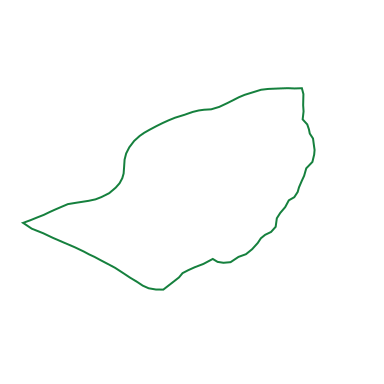 Salinas da Margarida, Bahia, Brazil (Equal Earth projection), rotated 231°
{"feature_id": "56859067B93728767984318", "entity_name": "Salinas da Margarida", "entity_type": "district", "adm_level": 2, "iso_a3": "BRA", "parent_name": "Brazil", "parent_adm1": "Bahia", "projection": "equal_earth", "projection_center": [-38.755, -12.884], "detail": "fine", "context": "isolated", "style": "outline", "palette": "green", "viewbox_px": 384, "rotation_deg": 231, "n_neighbors": 0, "source": "geoboundaries", "source_scale": "gbopen_adm2", "svg_char_len": 1376}
<svg xmlns="http://www.w3.org/2000/svg" viewBox="0 0 384 384"><g transform="rotate(231 192 192)"><path d="M274.3,41.3L264.3,44.4L253.6,50.4L244.0,55.0L233.1,60.7L222.7,66.2L213.9,70.4L208.2,72.8L202.9,75.4L196.2,78.2L188.8,81.4L181.5,84.5L173.5,87.1L164.3,90.0L156.6,92.8L150.2,94.8L144.5,97.7L138.9,102.6L134.2,108.3L133.8,128.1L134.9,133.6L133.6,139.9L131.8,146.8L128.9,155.7L126.9,166.0L121.6,167.9L117.2,171.9L113.2,177.8L112.3,187.3L109.7,194.8L109.7,202.7L111.0,211.0L112.7,216.4L112.7,221.9L111.2,228.3L112.3,235.1L118.2,241.4L120.2,247.4L121.6,254.9L124.6,262.0L123.6,268.2L125.5,274.1L128.3,278.1L131.5,284.2L134.0,289.3L138.5,295.7L139.6,304.5L144.2,310.5L147.5,313.7L152.0,316.4L157.4,319.7L163.3,320.3L167.1,322.3L172.0,324.1L178.8,323.7L184.4,329.4L189.5,333.0L198.0,340.2L203.5,342.7L207.9,336.9L212.4,331.8L216.7,326.1L224.2,316.0L228.0,310.0L231.0,302.5L234.4,294.0L236.1,288.2L238.9,275.2L241.0,266.7L244.2,258.9L248.3,253.2L251.1,248.6L253.8,242.9L256.9,234.3L260.4,225.6L262.4,219.0L264.1,212.5L265.6,205.8L267.1,198.1L268.1,192.1L268.5,186.7L268.1,179.2L266.2,171.4L263.4,165.1L259.6,160.0L254.3,155.1L249.4,150.5L246.6,146.5L244.4,141.3L243.4,135.5L243.2,127.0L245.1,118.3L247.0,112.4L250.2,106.1L256.6,95.1L260.7,87.9L262.5,81.6L264.5,74.5L266.0,68.8L267.5,62.4L269.6,55.8L271.6,49.2L274.3,41.3Z" fill="none" stroke="#15803d" stroke-width="2"/></g></svg>